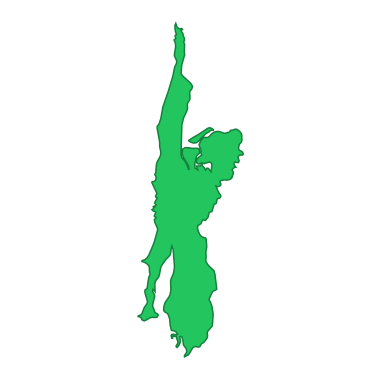 outline of Sucre, rotated 279°
{"feature_id": "VEN-49", "entity_name": "Sucre", "entity_type": "State", "adm_level": 1, "iso_a3": "VEN", "parent_name": "Venezuela", "parent_adm1": "", "projection": "albers", "projection_center": [-63.33, 10.402], "detail": "fine", "context": "isolated", "style": "filled", "palette": "green", "viewbox_px": 384, "rotation_deg": 279, "n_neighbors": 0, "source": "natural_earth", "source_scale": "10m", "svg_char_len": 6039}
<svg xmlns="http://www.w3.org/2000/svg" viewBox="0 0 384 384"><g transform="rotate(279 192 192)"><path d="M28.0,210.4L28.6,210.1L29.8,210.4L32.5,211.6L33.6,211.8L36.3,210.8L39.7,207.4L43.6,206.4L45.8,205.3L46.5,205.0L47.5,204.4L47.5,203.2L46.8,202.4L43.5,203.9L40.6,203.7L37.9,202.8L36.1,201.6L36.9,200.4L38.2,200.6L39.6,201.3L41.1,201.6L42.6,201.2L45.2,199.6L47.0,199.1L46.7,197.5L46.7,196.9L47.0,195.7L44.4,195.7L44.4,194.8L47.0,193.8L48.2,194.3L48.6,195.8L48.6,197.8L49.0,199.8L49.8,199.7L51.0,198.4L52.0,196.6L52.1,193.3L57.0,191.3L63.3,189.7L67.8,187.3L68.8,185.3L69.4,183.7L70.5,182.6L73.3,182.2L76.0,182.3L77.9,182.6L79.5,183.1L84.9,185.7L87.1,186.3L90.0,186.5L92.9,186.3L100.4,184.8L102.8,184.9L107.6,186.2L110.1,186.5L115.4,186.4L132.1,182.4L135.5,180.6L132.7,180.3L129.6,180.5L126.4,180.2L123.5,178.4L121.3,176.8L115.1,173.7L112.2,172.9L105.7,172.8L102.8,172.4L100.0,170.7L97.6,169.7L94.3,169.8L88.0,171.1L88.6,170.5L89.6,168.7L87.9,168.7L86.6,169.5L85.6,170.4L84.6,171.1L83.0,171.5L74.5,170.8L72.9,171.1L69.2,173.3L68.3,173.7L67.2,174.3L66.1,177.2L65.0,177.9L63.1,177.2L62.3,175.6L62.1,173.8L62.1,172.4L61.0,169.9L58.8,167.4L57.2,164.9L57.9,162.6L59.2,161.9L60.0,161.1L60.5,159.9L60.5,158.3L61.3,158.3L62.5,160.5L64.2,161.6L69.6,162.7L71.1,163.2L74.4,164.9L75.9,165.2L77.5,164.9L84.7,161.5L85.9,161.1L87.6,160.9L88.3,161.2L89.1,162.3L89.6,162.7L101.2,162.6L103.9,163.6L105.7,162.7L110.4,161.7L112.2,161.0L113.4,159.7L114.4,157.9L115.2,155.8L115.5,153.4L116.4,153.4L117.9,156.2L120.3,158.1L123.1,159.3L135.8,162.4L148.0,163.9L150.6,163.7L155.6,160.4L158.6,159.1L160.7,160.3L161.5,160.3L161.9,158.7L163.0,158.5L164.5,159.0L166.0,159.4L166.7,158.8L167.4,156.2L168.2,155.2L169.0,156.1L169.8,156.5L170.6,156.5L171.5,156.0L172.2,156.8L171.5,157.6L174.0,158.5L175.0,156.9L176.7,157.1L178.7,157.9L180.6,158.5L180.7,158.0L181.3,157.1L182.3,156.6L183.6,157.2L184.8,157.5L186.0,157.0L194.5,151.2L195.7,150.8L196.1,151.4L196.4,152.6L197.2,153.8L198.6,154.3L200.0,154.3L201.2,154.1L202.3,153.6L203.3,152.5L205.3,153.2L213.6,152.5L216.4,152.9L221.3,154.7L224.1,155.2L227.0,154.8L232.0,152.9L236.4,152.2L249.5,147.6L251.2,147.3L254.0,148.8L255.4,149.1L256.9,149.2L259.5,149.7L271.2,149.9L288.8,153.0L303.9,155.0L312.6,155.3L316.4,156.5L318.4,156.5L319.9,155.9L323.2,153.6L324.7,153.1L332.8,153.1L336.4,152.3L339.4,150.5L340.7,151.9L344.0,150.8L345.1,152.1L347.1,150.9L350.3,149.7L353.7,149.1L356.0,149.6L354.0,150.6L352.2,151.9L351.2,153.8L351.8,156.4L351.0,157.2L349.7,155.9L348.6,156.7L347.1,158.2L344.8,159.0L342.8,160.3L341.8,160.7L340.4,160.7L339.2,160.5L338.1,160.6L336.8,161.6L329.1,162.5L326.4,163.3L316.0,162.0L308.0,162.6L306.5,163.3L305.0,164.9L299.1,173.8L296.5,176.0L293.9,175.7L291.1,174.2L288.7,174.3L286.4,175.0L283.5,175.4L282.1,175.1L279.7,174.0L278.4,173.7L277.3,173.7L275.2,174.3L273.8,174.5L271.3,174.2L263.3,172.0L256.6,171.5L228.1,175.2L224.8,176.1L223.3,177.6L222.1,179.6L219.2,181.9L216.1,183.9L214.1,184.8L214.1,185.7L217.8,184.1L224.5,178.4L228.3,176.2L232.8,176.0L234.8,178.4L235.2,182.0L235.1,185.2L235.8,189.1L236.0,191.4L235.5,192.5L234.4,192.6L232.6,193.3L231.7,193.3L230.7,192.8L228.9,191.2L227.9,190.8L219.8,190.4L216.0,191.3L214.9,194.2L215.8,193.6L218.3,192.5L219.0,195.5L219.6,196.7L220.8,197.6L219.3,198.4L217.4,200.9L215.8,201.8L218.0,203.3L217.8,204.7L216.3,206.1L215.0,207.7L222.0,207.4L223.8,206.5L224.3,204.3L221.8,199.4L222.4,196.7L221.1,195.8L220.7,194.3L221.1,192.7L222.4,191.6L224.6,191.6L226.7,192.6L230.1,195.9L231.3,195.0L232.5,194.6L233.7,194.5L235.1,194.2L238.8,192.0L239.6,191.6L241.7,192.0L244.1,192.8L246.3,193.9L247.6,194.9L248.0,195.9L248.1,198.1L248.5,199.2L249.3,200.2L252.2,202.1L253.9,203.8L255.1,205.5L255.8,207.5L255.9,210.3L255.1,214.0L255.1,215.4L256.5,218.2L256.8,219.2L257.2,219.6L258.1,220.0L259.0,220.6L259.6,222.7L260.8,224.9L261.0,225.6L260.5,227.6L259.2,229.8L257.4,231.6L255.6,232.4L254.2,232.5L251.8,233.1L250.6,233.2L249.0,233.0L248.1,232.5L247.5,231.9L246.8,231.5L244.8,231.1L242.6,231.1L240.9,231.9L240.1,233.7L239.9,234.8L239.2,235.7L238.2,236.4L237.1,236.7L236.5,236.2L235.9,233.7L235.5,232.8L233.6,231.9L230.2,233.7L228.4,233.3L228.1,232.4L228.3,231.1L228.4,229.9L227.5,229.1L226.3,229.0L225.2,229.6L224.1,230.6L223.4,231.5L223.0,230.2L222.2,229.3L221.2,228.7L220.0,228.2L218.1,229.7L216.8,230.0L213.3,229.1L213.9,229.8L211.7,228.8L210.6,227.8L210.1,227.0L209.2,224.6L209.0,222.1L208.8,221.4L208.1,219.5L207.7,218.7L207.1,218.2L206.0,218.2L205.4,218.5L204.4,219.3L203.7,219.3L202.9,219.1L202.1,218.3L201.7,217.6L201.4,216.9L201.3,216.3L201.7,214.8L196.8,217.6L195.2,218.9L193.5,220.6L192.9,220.9L192.0,221.1L190.7,220.7L189.8,219.2L189.5,218.4L189.1,218.1L188.5,217.9L187.7,217.8L185.7,217.9L184.7,217.7L184.2,217.3L183.5,216.3L183.1,215.8L182.6,215.6L176.3,214.9L175.8,214.6L175.4,214.1L174.9,212.9L174.6,212.4L173.8,212.1L170.1,211.9L169.1,211.6L168.4,211.1L168.0,210.7L166.8,210.3L166.3,209.9L166.0,209.5L166.0,208.9L166.3,207.7L166.1,207.1L165.7,206.7L162.9,206.0L162.3,205.8L161.8,205.5L161.3,205.0L160.2,203.6L159.8,203.1L158.9,202.9L157.4,203.1L154.5,204.2L151.5,206.1L150.5,207.0L149.4,208.5L149.2,209.1L149.0,209.8L148.8,212.2L148.6,212.8L147.7,213.4L145.6,213.8L142.4,214.7L139.4,215.2L135.4,215.0L129.9,216.1L127.3,216.3L126.3,216.4L125.2,216.9L123.4,218.4L121.8,219.9L117.7,226.0L114.4,227.5L101.3,231.3L99.6,231.6L97.4,228.5L95.9,227.6L90.2,226.0L88.8,225.8L87.9,225.9L86.1,227.5L81.7,229.8L74.6,232.0L67.2,232.7L63.2,233.0L61.7,232.4L60.7,231.7L57.2,229.5L56.1,229.2L55.1,229.1L52.7,229.8L51.0,230.0L49.8,229.6L46.3,227.9L45.3,227.1L44.6,226.5L44.3,225.9L43.7,225.3L42.9,224.7L41.5,224.4L40.7,224.0L40.2,223.5L39.9,223.0L39.8,222.3L39.9,219.8L39.7,218.9L39.0,217.7L37.8,216.9L32.8,215.0L30.6,213.9L29.6,212.4L28.0,210.4ZM256.3,196.4L257.1,197.2L258.2,199.1L258.0,201.4L256.9,203.4L256.2,203.4L256.2,202.0L255.7,200.8L253.7,199.0L252.9,197.9L250.8,195.7L247.0,192.9L243.5,190.8L241.3,188.5L240.6,186.3L240.8,184.1L241.5,181.7L242.1,180.7L242.6,180.8L246.2,184.8L249.3,188.8L256.3,196.4Z" fill="#22c55e" stroke="#15803d" stroke-width="1.5"/></g></svg>